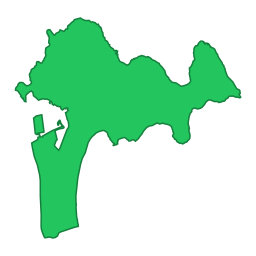 outline of Son Tra, Đà Nẵng, Vietnam
{"feature_id": "81297802B64444176527608", "entity_name": "Son Tra", "entity_type": "district", "adm_level": 2, "iso_a3": "VNM", "parent_name": "Vietnam", "parent_adm1": "Đà Nẵng", "projection": "natural_earth1", "projection_center": [108.275, 16.103], "detail": "fine", "context": "isolated", "style": "filled", "palette": "green", "viewbox_px": 256, "rotation_deg": 0, "n_neighbors": 0, "source": "geoboundaries", "source_scale": "gbopen_adm2", "svg_char_len": 5632}
<svg xmlns="http://www.w3.org/2000/svg" viewBox="0 0 256 256"><path d="M44.9,237.8L49.8,237.0L52.6,238.0L55.3,237.5L57.4,236.1L58.9,232.8L60.4,232.0L74.4,227.3L78.3,226.4L78.1,224.0L77.7,223.1L77.4,219.9L76.7,217.2L76.0,207.4L76.3,204.1L76.0,202.7L75.9,195.8L77.8,178.0L80.5,164.6L81.9,159.6L82.6,157.8L85.3,152.6L88.2,142.5L90.0,139.4L91.7,137.1L96.4,132.8L99.1,131.5L102.8,130.5L104.2,130.6L106.8,132.2L107.5,133.2L108.3,136.1L110.0,138.3L110.0,139.2L113.2,143.0L114.2,143.4L114.4,143.8L114.1,144.5L113.2,145.2L113.7,145.6L114.8,144.9L116.3,144.8L116.9,144.5L117.1,143.8L117.7,143.8L117.7,143.5L117.3,142.9L117.7,142.0L117.7,140.9L118.1,140.8L118.1,139.9L119.1,139.1L123.9,137.5L125.0,137.7L126.4,138.6L127.1,139.6L128.4,140.2L128.8,141.0L130.6,140.9L131.8,139.9L132.8,139.8L134.5,140.3L135.4,141.2L138.5,138.6L139.0,137.6L142.1,133.7L142.9,132.1L144.6,129.8L147.1,127.1L148.3,126.7L148.6,126.2L149.2,126.0L152.1,125.6L156.9,123.1L157.7,123.2L159.5,124.0L163.3,123.1L164.0,123.7L166.8,124.2L169.5,125.1L171.3,126.4L172.7,130.2L173.0,132.0L173.7,133.1L173.6,133.9L172.7,135.3L172.7,136.3L173.0,136.8L174.1,137.8L174.5,139.1L175.5,139.2L177.3,141.9L179.8,143.3L181.7,143.4L182.6,143.9L184.0,143.4L184.4,142.8L186.7,142.0L187.3,141.4L187.7,140.6L188.5,140.0L189.6,138.8L190.0,136.8L190.0,135.1L189.4,132.3L188.8,131.1L189.2,129.9L188.7,129.2L189.4,128.3L188.3,124.5L188.2,122.3L189.1,116.8L189.9,114.5L190.1,113.4L191.6,111.9L192.0,109.3L192.6,108.8L194.5,108.0L197.8,109.0L200.7,108.1L202.0,107.3L204.4,104.7L205.7,102.4L206.9,101.2L208.8,99.9L210.7,100.1L214.6,101.6L217.1,101.5L218.9,102.5L219.5,102.4L221.3,102.0L222.4,101.3L223.7,101.3L224.6,101.0L225.2,100.4L225.6,99.4L226.0,99.0L227.5,98.4L229.2,96.2L233.4,96.1L235.7,97.2L237.2,97.1L239.5,97.8L240.6,97.5L240.6,96.9L239.1,94.6L239.2,94.0L239.9,93.8L240.2,93.4L239.8,90.5L239.0,89.7L237.3,89.1L236.5,88.4L232.8,81.9L227.4,76.4L225.3,70.6L224.9,68.5L224.0,66.8L223.8,65.6L222.5,64.3L222.1,62.7L219.0,58.1L217.7,55.6L217.6,54.3L216.5,53.3L214.7,49.2L213.4,48.2L211.0,47.2L210.8,46.7L210.3,46.8L210.0,45.7L209.4,45.2L209.2,44.5L208.6,43.9L208.1,44.4L207.9,43.7L207.4,43.9L207.3,43.3L206.8,43.1L206.1,43.5L205.2,43.1L205.0,43.9L204.8,43.9L204.3,43.3L204.3,42.5L203.7,42.5L203.4,41.6L202.1,41.1L200.5,41.2L198.6,43.2L197.4,45.6L196.0,45.7L195.1,46.5L194.0,48.4L193.9,51.6L193.5,52.8L193.9,54.4L193.9,56.2L194.6,58.3L194.5,60.1L193.1,61.2L192.6,63.2L191.5,65.7L190.7,67.0L189.4,68.0L189.7,72.1L189.3,73.0L189.3,73.8L190.2,78.1L190.3,79.5L190.6,79.9L190.5,81.6L189.5,82.9L187.4,84.5L184.0,85.7L181.1,86.3L176.2,83.0L171.6,82.1L170.8,80.8L169.4,79.6L168.5,77.6L166.5,75.6L165.8,74.4L164.7,70.5L161.9,66.9L159.8,64.8L159.2,63.4L157.2,62.4L154.6,60.6L152.5,60.0L150.7,58.2L148.4,56.8L147.4,56.7L147.0,57.1L145.6,57.0L144.5,56.3L141.3,55.5L140.5,56.2L139.0,56.3L137.0,57.8L134.7,58.4L134.7,58.8L133.8,58.8L133.8,59.4L132.0,59.5L131.7,60.2L130.8,60.8L130.8,61.5L129.4,63.8L128.4,64.7L126.8,65.1L122.7,62.5L122.0,62.5L120.0,61.5L119.3,60.5L117.2,55.3L117.3,54.9L117.8,54.9L117.8,54.5L116.8,53.8L116.2,54.0L115.7,53.6L116.3,52.8L117.4,52.5L117.5,51.0L116.7,50.9L116.0,50.3L115.7,50.5L115.6,51.1L114.3,50.5L113.7,50.0L113.3,48.9L111.2,47.6L109.8,46.3L109.4,45.3L109.7,44.8L108.6,44.2L108.0,43.2L107.9,42.3L107.2,41.3L105.3,40.2L105.0,39.7L104.8,37.7L103.3,36.5L102.8,32.6L101.8,31.3L101.7,30.0L101.0,27.9L100.9,27.7L100.7,28.0L99.9,26.7L99.1,26.2L98.3,24.2L97.1,24.6L95.9,23.4L95.5,23.4L95.1,22.6L93.8,22.4L92.7,21.8L92.0,22.1L90.9,22.0L89.1,20.4L86.8,20.6L84.7,20.3L82.2,19.2L80.5,18.0L74.4,19.7L73.6,21.0L71.4,22.7L69.9,24.2L69.7,24.9L68.7,25.1L67.8,26.0L67.5,27.1L67.8,28.2L67.6,28.8L65.6,29.2L64.9,30.5L63.9,31.4L60.1,29.9L59.1,31.9L56.0,33.4L54.7,35.1L54.3,35.2L53.8,34.9L49.8,29.7L48.6,29.7L47.3,30.3L46.9,31.6L47.0,33.1L47.2,33.8L48.2,34.9L48.4,36.4L49.3,37.2L48.7,42.4L48.9,43.2L49.8,44.0L49.8,44.7L49.2,45.9L45.8,48.1L45.3,53.1L45.8,54.5L45.8,55.3L45.4,56.7L44.2,58.5L43.9,59.8L43.0,61.0L42.2,62.6L41.6,63.1L40.7,63.2L38.6,61.6L37.0,61.7L36.5,62.6L36.3,65.4L34.9,66.2L34.5,67.4L33.9,68.1L32.3,68.8L31.2,69.8L31.0,71.4L29.4,74.3L29.9,77.5L30.5,78.4L30.1,80.1L31.3,81.4L31.5,82.0L31.2,83.2L30.3,84.5L28.5,85.5L26.4,85.8L23.0,82.8L21.2,82.4L19.6,82.6L18.4,83.7L17.4,86.2L15.9,87.8L15.4,89.7L15.6,90.3L17.3,90.6L17.9,91.1L21.1,95.7L20.7,96.2L22.6,98.7L23.1,98.3L24.4,101.3L25.9,101.8L26.0,101.5L25.7,101.1L25.9,97.6L25.6,97.0L25.8,95.7L26.5,94.5L29.4,92.0L31.3,91.0L32.9,92.4L33.5,95.8L36.8,98.4L38.4,100.1L38.8,100.2L39.6,99.7L43.5,98.7L44.6,99.2L46.9,99.1L49.1,100.1L50.3,101.1L49.4,102.5L49.7,103.2L50.0,103.3L49.9,102.6L50.7,101.4L51.2,101.4L52.2,103.2L52.0,103.9L52.7,104.6L53.7,105.2L54.5,104.3L57.2,106.3L60.4,106.7L60.9,108.4L61.3,109.1L62.5,110.0L64.4,108.4L65.6,108.8L65.9,108.2L66.7,107.8L67.8,108.2L67.9,108.6L67.4,109.5L68.2,110.5L67.2,111.4L66.8,112.2L65.5,112.7L67.2,119.4L68.1,121.1L68.7,124.4L68.6,127.3L66.9,129.8L59.7,148.8L58.6,150.2L54.7,146.2L54.5,145.0L56.4,140.0L56.9,140.0L57.1,139.6L55.0,131.0L56.7,129.9L59.4,128.9L62.9,128.3L63.9,127.7L64.0,127.2L63.7,126.6L62.1,125.0L60.9,123.1L60.0,120.4L59.5,120.3L57.9,122.3L57.6,123.1L57.7,124.6L58.1,125.2L58.5,125.2L58.9,123.5L58.7,123.0L59.2,122.3L61.1,124.2L62.2,126.4L52.3,130.6L42.7,136.0L42.8,136.6L42.2,137.0L40.4,136.9L38.9,133.0L43.7,132.2L44.0,131.9L41.8,114.8L36.2,116.0L33.6,118.1L35.3,133.6L36.3,134.3L37.1,134.6L37.6,134.3L37.6,133.3L38.5,133.1L39.8,136.7L38.1,137.2L37.8,137.7L38.0,139.1L37.3,139.8L31.7,143.0L32.2,146.6L34.2,156.3L37.4,165.0L39.7,175.3L40.3,180.7L40.3,195.9L41.2,215.0L41.1,226.2L41.4,229.2L42.4,232.4L44.1,236.7L44.9,237.8Z" fill="#22c55e" stroke="#15803d" stroke-width="1.5"/></svg>